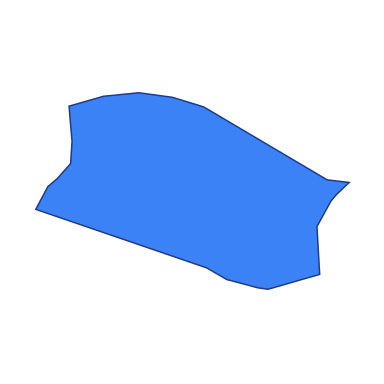 map outline of Jesenice (Equal Earth projection), rotated 353°
{"feature_id": "SVN-258", "entity_name": "Jesenice", "entity_type": "Municipality", "adm_level": 1, "iso_a3": "SVN", "parent_name": "Slovenia", "parent_adm1": "", "projection": "equal_earth", "projection_center": [14.07, 46.444], "detail": "fine", "context": "isolated", "style": "filled", "palette": "blue", "viewbox_px": 384, "rotation_deg": 353, "n_neighbors": 0, "source": "natural_earth", "source_scale": "10m", "svg_char_len": 412}
<svg xmlns="http://www.w3.org/2000/svg" viewBox="0 0 384 384"><g transform="rotate(353 192 192)"><path d="M115.8,86.2L151.3,87.0L184.3,95.7L214.0,109.0L327.6,196.4L349.2,201.7L335.0,212.2L328.7,218.1L311.8,241.6L308.7,289.3L255.6,297.8L245.6,295.1L215.8,283.1L197.3,269.1L34.8,190.2L49.6,169.1L59.6,162.5L75.0,149.0L79.1,127.2L80.4,91.8L115.8,86.2Z" fill="#3b82f6" stroke="#1e3a8a" stroke-width="1.5"/></g></svg>